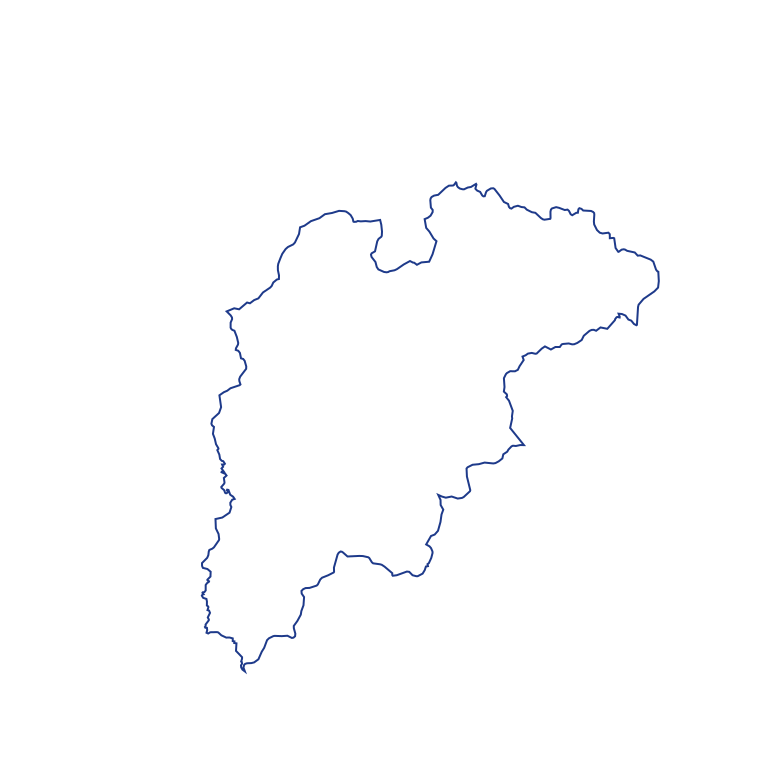 the district of Phu Luong, Thái Nguyên, Vietnam, rotated 54°
{"feature_id": "81297802B92827581567655", "entity_name": "Phu Luong", "entity_type": "district", "adm_level": 2, "iso_a3": "VNM", "parent_name": "Vietnam", "parent_adm1": "Thái Nguyên", "projection": "orthographic", "projection_center": [105.735, 21.765], "detail": "fine", "context": "isolated", "style": "outline", "palette": "blue", "viewbox_px": 768, "rotation_deg": 54, "n_neighbors": 0, "source": "geoboundaries", "source_scale": "gbopen_adm2", "svg_char_len": 6159}
<svg xmlns="http://www.w3.org/2000/svg" viewBox="0 0 768 768"><g transform="rotate(54 384 384)"><path d="M454.4,96.1L453.5,96.6L451.4,96.7L443.3,94.2L440.2,95.1L430.6,101.1L429.3,103.3L425.0,103.8L419.2,109.0L416.9,110.0L415.9,110.9L415.0,112.8L415.0,116.5L414.7,116.8L410.1,116.7L401.4,112.1L400.6,112.6L398.8,115.6L395.5,113.3L393.5,113.5L390.7,118.7L388.4,120.5L384.6,121.2L378.5,120.2L375.9,118.7L370.6,114.3L369.2,113.5L367.7,113.7L365.7,114.8L360.7,120.9L358.4,121.3L356.6,122.6L356.9,124.0L359.4,126.5L358.5,127.8L358.1,132.5L356.4,133.2L352.7,132.6L350.8,133.0L349.5,135.5L344.4,138.8L342.1,140.8L340.7,144.9L341.0,146.4L342.5,148.1L347.6,151.7L348.1,152.4L345.4,157.6L344.1,158.7L341.9,159.5L334.5,160.9L331.9,163.4L326.9,166.0L323.7,166.5L321.6,168.8L318.5,170.9L317.0,174.8L317.0,177.8L315.8,178.7L314.1,178.8L311.3,177.8L307.2,180.0L299.4,179.7L291.1,180.0L289.9,180.5L288.6,182.6L288.2,187.2L288.8,188.7L291.3,192.1L290.6,193.3L289.2,193.7L285.1,193.3L282.4,194.9L280.1,195.3L279.5,195.1L277.0,192.0L276.2,191.9L275.7,197.9L274.3,200.7L273.5,204.9L272.5,206.1L270.4,207.8L268.2,208.5L266.4,208.4L263.8,207.2L263.1,207.3L264.1,210.5L264.0,211.5L261.7,214.9L261.5,219.0L262.8,228.9L261.0,232.8L260.7,235.6L261.3,237.2L262.5,238.5L268.9,242.4L271.8,242.3L273.5,243.6L275.2,247.4L275.3,250.8L274.5,254.2L282.5,258.1L287.4,257.7L295.4,258.4L299.3,257.6L307.6,268.5L311.6,275.6L307.6,282.3L306.9,287.3L303.6,288.3L302.8,289.2L299.8,290.7L298.9,297.7L298.7,306.0L298.2,308.6L296.0,313.3L295.9,314.7L295.2,316.2L293.4,318.1L288.0,321.2L285.1,321.1L280.3,319.2L273.9,319.4L271.7,318.5L271.0,317.2L271.4,313.3L264.6,305.6L263.4,303.1L263.3,299.7L262.8,298.7L259.5,296.0L253.6,292.6L249.0,290.7L244.5,299.6L241.4,303.1L238.7,307.3L236.7,309.4L236.4,311.1L235.2,313.0L234.6,313.3L231.8,312.1L227.8,311.7L224.8,312.4L222.3,313.3L221.0,314.4L217.5,318.6L215.1,325.5L211.9,332.0L211.9,338.8L209.3,347.4L209.2,355.3L207.9,359.8L212.7,364.6L217.2,372.9L217.7,375.4L216.7,381.2L217.0,384.3L218.9,389.8L221.3,393.8L224.6,398.9L226.4,400.7L229.5,402.9L234.4,405.1L237.3,407.3L236.5,409.3L236.8,413.9L238.7,417.3L239.1,419.5L238.8,428.1L240.9,435.3L239.8,439.7L239.9,445.0L237.6,446.9L238.4,457.3L234.7,460.7L232.8,468.6L238.4,467.7L240.8,467.9L242.2,468.7L244.2,472.0L248.3,475.0L249.7,475.2L251.1,474.9L253.0,473.7L259.4,475.4L265.1,477.8L266.3,479.0L268.1,482.8L269.3,483.9L271.4,482.4L272.8,482.3L274.2,482.3L279.2,484.6L281.0,483.2L283.3,483.1L288.8,485.1L290.7,486.6L293.5,496.0L295.0,498.3L296.6,499.3L300.0,500.4L300.1,501.5L297.2,510.7L297.3,514.8L296.5,518.4L296.4,523.8L307.0,529.4L310.5,534.5L311.5,543.5L314.7,547.0L316.4,547.4L318.8,546.8L323.8,551.7L328.6,553.0L334.0,555.3L338.3,555.7L339.1,556.0L339.5,557.7L344.3,558.7L348.3,560.7L350.8,560.4L352.0,559.4L355.0,559.6L355.2,560.6L354.0,562.3L356.4,562.8L356.8,565.1L360.9,565.1L359.6,566.9L359.9,567.3L363.5,565.2L365.5,565.2L365.9,568.8L369.9,570.9L370.6,571.7L371.7,576.2L372.7,576.5L375.9,575.7L378.6,576.5L379.4,576.2L379.8,575.6L379.8,574.2L379.1,573.5L377.6,573.6L377.3,573.0L378.3,572.1L383.2,573.5L386.5,572.3L389.2,572.4L388.4,574.8L389.7,578.1L391.6,579.4L393.8,579.8L397.3,584.6L397.0,593.3L394.2,599.7L402.0,604.9L408.1,606.0L412.6,608.5L413.3,609.3L416.2,617.6L416.3,619.7L415.6,622.8L416.5,624.2L419.2,626.7L420.7,629.2L421.9,636.5L424.2,638.1L426.3,638.6L429.9,635.6L434.0,634.6L437.8,637.6L438.5,641.9L439.1,642.2L440.8,641.5L441.1,641.9L441.1,644.3L441.8,646.4L446.2,649.6L446.8,651.6L446.0,653.1L446.2,653.6L448.1,653.6L447.7,654.7L448.2,655.8L450.7,656.0L453.5,654.0L455.9,655.1L459.1,657.5L460.6,657.0L461.3,657.2L463.2,659.7L464.5,658.7L466.9,659.3L469.3,663.8L471.5,664.1L472.2,664.7L473.7,669.7L474.9,670.5L475.3,671.7L476.2,671.8L477.2,670.6L479.2,671.7L480.9,673.8L482.5,672.9L482.7,670.5L486.6,664.9L487.6,664.1L491.7,663.3L496.4,660.7L498.4,657.9L500.9,655.9L503.1,657.5L504.3,656.3L505.5,657.4L507.1,655.8L512.9,660.6L521.6,659.4L522.9,660.4L524.6,662.7L525.2,662.4L526.8,663.2L527.6,665.1L529.3,666.1L531.8,666.4L534.8,665.5L530.9,664.4L529.1,662.4L528.8,660.9L529.4,659.0L531.8,655.4L532.9,652.7L532.9,647.4L528.7,640.2L527.0,636.0L522.5,629.2L522.1,626.5L522.9,621.8L523.5,620.5L527.9,614.9L530.9,610.1L535.3,607.8L536.0,606.3L535.8,604.2L533.9,602.5L528.6,600.5L526.7,599.2L524.8,593.4L521.7,586.9L519.1,584.3L515.7,579.2L509.4,573.9L505.2,573.8L502.9,572.4L502.5,570.0L503.0,567.4L505.2,564.1L507.5,557.0L507.3,555.4L504.7,550.5L504.3,548.0L505.9,541.7L506.9,535.5L506.6,534.8L503.1,532.4L494.7,521.8L493.9,519.8L494.0,517.6L494.9,516.7L496.2,516.2L502.1,514.9L508.6,505.0L510.8,502.2L514.9,498.6L516.1,498.2L521.1,498.6L522.7,498.2L527.5,493.2L528.9,492.1L532.1,490.9L541.9,488.5L543.4,489.6L544.3,489.6L546.2,486.1L549.2,475.7L550.8,474.0L555.5,473.3L558.4,470.9L559.3,469.7L560.1,464.2L558.5,460.4L556.3,457.4L557.2,455.5L555.3,454.7L555.3,453.0L552.5,448.0L549.2,444.0L547.9,443.2L544.4,442.4L542.1,442.6L538.6,444.2L534.6,435.3L535.6,431.5L534.5,426.6L528.8,419.4L523.4,414.2L520.5,409.9L515.2,409.3L511.0,406.4L505.6,405.3L509.1,403.3L512.3,400.8L514.8,395.4L520.0,391.7L522.0,387.9L522.3,386.0L521.3,377.5L520.6,376.6L507.6,371.3L500.9,366.9L500.5,365.3L501.4,359.8L504.6,354.4L506.7,348.8L512.5,342.3L513.5,340.3L514.0,336.6L513.8,332.0L511.0,328.8L511.2,324.1L510.2,321.9L509.4,317.5L509.7,316.0L511.7,313.7L513.4,309.8L515.7,306.7L493.7,307.8L487.2,300.5L485.5,299.6L481.4,295.6L471.0,292.7L466.4,292.9L466.1,291.5L464.6,290.7L460.6,291.5L457.3,288.3L449.8,283.6L447.7,279.6L447.4,278.1L447.8,274.4L450.7,270.6L451.2,267.4L449.3,263.9L446.7,256.9L443.2,255.8L444.0,252.5L444.0,249.7L445.7,246.2L448.5,243.8L449.1,242.6L448.1,235.6L448.2,231.7L454.2,228.7L454.8,223.6L457.4,220.0L456.4,217.0L456.8,215.7L459.8,210.7L462.5,208.5L463.6,206.8L464.4,203.5L464.6,198.2L462.4,194.0L461.8,186.5L462.3,184.2L463.5,182.4L465.6,181.1L465.5,175.6L470.6,170.9L468.1,159.7L467.3,158.7L466.7,156.6L466.9,155.8L468.7,154.3L468.2,153.8L465.0,152.9L467.2,150.4L470.6,148.4L475.5,148.4L478.1,146.7L482.3,146.5L484.8,145.3L484.8,144.6L471.0,133.2L469.5,131.4L467.7,124.0L468.0,110.9L467.1,105.6L462.3,101.2L454.4,96.1Z" fill="none" stroke="#1e3a8a" stroke-width="2"/></g></svg>